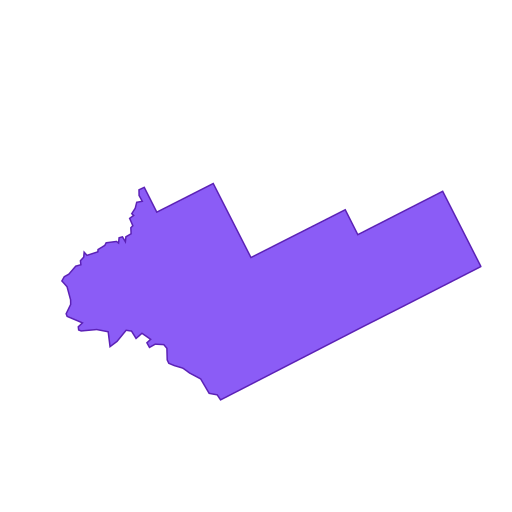 Morton, North Dakota, United States of America, rotated 153°
{"feature_id": "52423323B52264110855151", "entity_name": "Morton", "entity_type": "district", "adm_level": 2, "iso_a3": "USA", "parent_name": "United States of America", "parent_adm1": "North Dakota", "projection": "natural_earth1", "projection_center": [-100.923, 46.634], "detail": "fine", "context": "isolated", "style": "filled", "palette": "violet", "viewbox_px": 512, "rotation_deg": 153, "n_neighbors": 0, "source": "geoboundaries", "source_scale": "gbopen_adm2", "svg_char_len": 1067}
<svg xmlns="http://www.w3.org/2000/svg" viewBox="0 0 512 512"><g transform="rotate(153 256 256)"><path d="M60.3,228.9L155.6,228.8L155.5,256.7L261.2,256.9L261.2,340.0L324.5,340.1L324.4,367.9L330.2,368.1L332.7,363.0L332.5,356.4L337.9,358.0L341.9,353.4L347.5,350.1L346.6,347.7L351.5,346.9L352.0,338.9L354.7,338.0L357.2,332.5L363.2,332.2L365.9,328.0L366.3,333.7L369.7,334.4L372.6,329.9L373.7,332.3L383.5,335.8L385.9,334.1L393.8,333.5L395.0,331.5L406.3,333.3L407.4,337.4L410.0,333.2L414.6,331.5L416.0,327.7L421.2,328.8L431.0,324.8L436.2,324.6L440.3,321.9L438.3,314.4L441.1,301.1L443.1,297.0L451.4,290.7L451.7,287.9L441.0,275.2L446.5,273.6L447.6,270.6L445.8,268.6L431.3,262.8L422.1,255.6L427.2,241.5L418.6,243.0L405.4,248.8L401.0,245.6L400.3,237.0L392.7,238.9L387.7,229.6L392.6,228.2L392.4,222.9L385.8,223.2L378.4,218.9L377.3,214.2L382.3,203.7L382.4,200.0L378.6,195.5L372.4,189.6L371.7,188.6L368.2,181.7L361.1,171.6L360.1,154.9L353.6,149.9L352.9,143.9L191.8,144.5L144.3,144.4L60.6,144.5L60.4,144.7L60.3,228.9Z" fill="#8b5cf6" stroke="#5b21b6" stroke-width="1.5"/></g></svg>